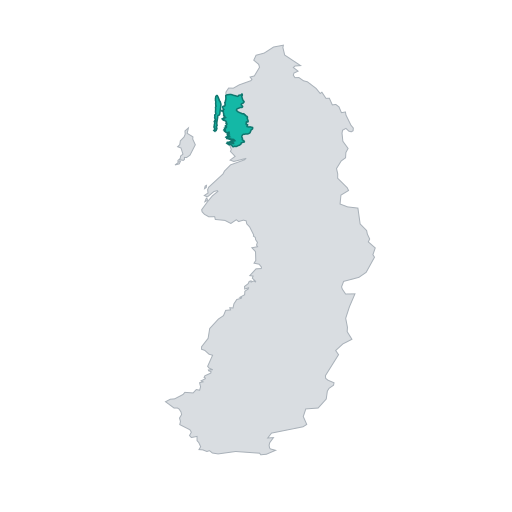 Kalmar highlighted on a map of Sweden, rotated 159°
{"feature_id": "SWE-180", "entity_name": "Kalmar", "entity_type": "County", "adm_level": 1, "iso_a3": "SWE", "parent_name": "Sweden", "parent_adm1": "", "projection": "robinson", "projection_center": [16.294, 57.172], "detail": "fine", "context": "in_parent", "style": "filled", "palette": "teal", "viewbox_px": 512, "rotation_deg": 159, "n_neighbors": 0, "source": "natural_earth", "source_scale": "10m", "svg_char_len": 9514}
<svg xmlns="http://www.w3.org/2000/svg" viewBox="0 0 512 512"><g transform="rotate(159 256 256)"><path d="M124.6,339.3L126.3,342.9L130.1,342.4L131.7,339.8L133.8,332.0L131.5,323.4L135.0,320.4L137.2,315.6L142.4,314.2L149.5,308.8L150.3,303.3L151.9,299.3L146.4,287.1L146.1,284.0L154.9,282.4L158.9,274.4L153.0,269.1L143.7,264.2L147.3,248.6L143.6,240.1L144.2,236.6L143.8,231.1L146.1,228.9L141.8,220.8L146.4,215.3L145.8,212.4L159.0,201.3L167.6,199.2L183.3,200.9L187.2,196.5L187.3,194.1L186.0,188.4L177.2,185.2L187.0,175.1L194.6,165.7L196.2,156.6L198.0,152.7L196.3,143.9L206.4,142.8L215.5,139.2L214.3,134.3L234.1,119.4L234.8,116.8L233.3,114.2L228.6,109.7L229.9,107.6L235.2,106.3L237.8,104.3L241.7,97.3L252.5,91.8L264.3,95.4L269.4,89.2L269.0,80.6L273.3,79.7L305.0,85.1L310.3,81.9L304.8,80.2L310.1,76.8L311.6,74.6L312.1,72.1L311.8,70.8L307.4,67.6L317.3,67.2L322.8,68.7L323.3,70.6L345.1,80.8L362.3,84.8L367.3,87.7L369.2,90.9L371.9,91.1L375.2,94.1L378.6,95.7L376.0,97.8L376.3,102.5L377.2,104.7L375.7,108.7L381.4,109.7L382.4,112.2L379.5,114.7L380.0,117.5L387.6,125.9L385.8,128.6L385.5,132.1L382.3,134.6L381.9,137.2L382.6,140.6L383.8,142.2L387.0,143.4L392.7,152.4L387.3,153.0L383.2,151.8L373.6,152.9L371.3,154.2L363.8,150.7L359.6,152.7L356.7,150.9L354.6,153.8L354.1,157.9L350.6,157.5L352.0,159.1L347.3,159.6L347.0,160.2L348.0,161.2L346.6,162.5L340.2,162.9L339.4,164.2L341.3,165.7L341.3,166.7L337.1,165.3L340.0,168.2L340.7,170.3L332.1,178.9L335.1,181.2L337.6,186.2L340.3,188.5L339.3,190.8L330.2,196.3L325.2,204.9L313.7,210.6L307.7,212.0L303.8,216.1L299.1,214.8L299.0,217.1L296.1,215.7L293.7,219.3L289.5,222.3L284.9,221.8L284.4,222.3L285.8,223.2L280.5,223.9L279.0,227.1L275.1,228.0L274.4,229.0L278.4,229.2L277.6,231.7L273.1,233.0L271.5,234.7L269.5,234.6L269.9,233.4L266.9,233.5L265.9,232.0L265.4,232.4L267.4,236.6L265.9,238.3L268.8,239.9L260.6,244.0L255.6,242.4L254.9,243.7L256.0,247.2L260.4,250.0L257.8,251.9L254.9,260.2L256.9,265.2L251.2,264.1L251.6,266.0L249.8,268.2L250.5,271.4L250.0,273.6L251.3,275.5L250.6,276.4L251.5,285.4L253.1,289.3L252.6,292.4L254.9,294.0L259.9,294.4L261.4,296.9L267.8,295.4L272.3,300.4L280.9,304.7L280.5,307.5L286.0,309.5L289.2,313.4L290.5,316.6L290.1,318.7L281.7,324.1L275.1,327.8L268.4,330.0L268.7,330.9L272.1,331.3L280.2,328.6L282.6,331.0L278.2,332.0L277.4,335.2L275.5,337.2L257.4,344.4L255.0,346.6L247.0,350.2L232.4,349.9L230.2,350.7L242.8,352.2L245.8,354.8L239.8,356.5L242.4,362.8L240.9,364.3L240.8,371.3L238.6,371.4L237.7,374.3L238.8,381.3L239.9,383.2L239.4,385.2L236.0,389.9L237.1,395.6L233.2,405.8L228.7,411.8L225.3,419.8L221.4,422.6L217.0,420.8L210.2,421.8L198.0,421.5L196.5,422.3L197.4,425.2L193.0,424.7L185.1,430.9L184.8,433.9L187.9,439.6L184.0,443.4L175.7,442.5L164.7,444.8L154.9,443.0L156.2,441.0L157.2,433.3L146.2,417.8L151.5,419.4L153.6,418.6L150.5,413.5L155.0,413.2L156.4,411.4L155.7,408.5L152.0,407.2L148.9,402.6L145.6,400.2L139.9,391.0L137.8,384.7L135.8,385.3L134.2,378.1L131.0,377.0L130.6,369.7L127.2,368.9L125.1,365.5L124.9,359.2L120.9,358.4L121.5,355.3L120.5,344.1L119.3,340.6L120.5,338.1L122.6,337.8L124.6,339.3ZM293.5,373.6L291.7,374.3L290.6,376.3L287.7,377.3L287.3,383.7L290.0,386.1L287.3,387.2L285.4,390.6L280.5,392.9L278.5,395.0L277.5,398.2L273.2,399.8L276.3,395.2L272.2,389.8L273.2,387.8L272.8,381.6L281.5,373.8L285.6,372.8L287.5,373.7L288.2,371.8L289.5,371.3L293.5,373.6ZM237.2,417.8L235.0,419.2L234.3,417.2L234.6,409.9L239.4,401.1L241.6,400.3L247.5,388.4L248.2,387.7L250.2,388.4L248.7,389.5L248.8,391.6L245.1,398.0L244.1,402.1L242.7,403.1L237.2,417.8ZM295.2,371.1L294.8,372.9L292.6,371.5L294.7,369.5L299.0,370.0L295.2,371.1ZM284.3,325.0L281.6,327.8L281.0,326.6L281.6,325.3L284.3,325.0ZM278.4,339.5L276.9,339.7L277.9,337.8L279.9,337.3L278.4,339.5Z" fill="#d9dde1" stroke="#a8b0b8" stroke-width="1"/><path d="M240.6,369.2L240.9,369.8L241.0,370.0L241.3,369.9L241.5,369.7L241.8,370.0L241.8,370.5L242.0,370.6L242.5,371.1L242.7,371.4L242.4,371.4L241.5,371.0L241.7,371.4L242.4,371.8L242.4,372.1L242.2,372.4L241.8,372.4L241.4,372.3L241.2,372.0L240.7,371.3L240.5,371.2L240.5,371.8L240.3,372.0L239.8,372.0L238.9,371.9L239.0,371.7L239.0,371.4L238.9,371.2L239.3,371.0L239.7,371.2L236.8,369.0L236.6,369.0L236.4,369.4L236.4,369.6L236.6,369.8L237.2,370.3L238.5,370.8L238.0,371.2L238.2,371.5L238.1,372.0L237.9,372.1L237.5,371.8L237.0,371.6L236.1,371.4L236.4,371.7L236.2,371.9L235.6,371.7L235.6,371.9L240.4,375.7L241.1,376.1L240.9,376.3L240.5,376.2L239.5,375.6L239.2,375.4L237.4,373.5L234.7,371.9L234.9,372.4L235.1,372.8L235.9,373.3L237.2,373.9L238.1,374.8L238.4,375.3L238.6,375.4L239.1,375.6L240.2,376.4L239.9,376.7L240.3,376.7L240.7,376.8L241.0,377.0L241.3,377.4L240.8,377.4L240.8,377.6L241.1,377.6L241.1,377.8L239.6,377.7L238.9,377.5L238.2,377.2L238.4,377.5L239.0,378.0L239.2,378.5L238.8,378.7L238.3,378.6L238.5,378.9L239.1,379.0L239.3,379.2L239.4,379.5L239.1,379.7L238.7,380.1L237.9,380.6L237.7,380.2L237.7,379.6L237.4,379.8L237.2,379.7L237.2,379.9L237.4,380.2L237.1,380.5L237.0,380.8L237.4,381.0L236.8,381.2L236.8,381.3L238.6,381.4L239.4,381.6L240.0,382.8L240.5,383.5L240.7,384.0L240.0,383.9L240.3,384.4L240.2,384.5L239.9,384.5L239.6,384.7L239.5,385.0L239.6,385.3L239.9,385.5L240.3,385.6L240.0,385.8L239.6,385.9L239.3,386.1L239.4,386.6L238.1,386.4L237.6,386.6L237.3,387.2L238.1,387.6L237.9,387.9L237.6,388.0L237.9,388.4L236.2,389.1L235.8,389.7L236.4,390.6L235.8,391.0L235.6,391.7L235.7,392.5L236.1,393.1L236.7,393.9L237.0,394.1L237.5,394.2L237.7,394.4L238.1,395.1L237.7,395.2L237.9,395.5L238.4,396.2L238.1,396.3L237.3,396.1L237.3,395.7L237.1,395.7L236.8,395.9L236.6,396.3L236.4,396.3L235.5,396.1L235.2,396.1L235.5,396.4L235.9,396.6L235.9,396.9L235.5,396.9L235.2,397.1L235.1,397.6L235.2,398.2L235.4,398.5L235.7,398.8L235.8,399.0L235.7,399.3L235.1,400.1L235.2,401.3L235.1,401.6L234.5,403.0L234.5,403.3L234.7,403.6L234.9,403.7L235.7,403.3L235.9,403.4L236.0,403.6L235.9,403.9L235.8,404.1L235.5,404.2L234.9,404.0L234.6,403.9L234.2,404.0L233.8,404.2L233.4,404.3L233.8,405.4L233.9,406.3L233.8,406.8L233.7,407.2L233.4,407.4L233.0,407.5L232.6,407.5L232.1,407.2L231.8,407.2L231.1,407.5L230.9,407.8L230.3,408.7L230.1,410.5L229.4,410.8L229.2,411.1L229.1,411.6L228.0,413.1L227.5,414.1L226.8,416.5L226.3,416.6L226.0,416.8L225.6,416.9L224.9,416.8L222.2,416.1L220.9,415.4L219.2,413.9L217.9,413.1L216.4,411.8L215.9,411.6L215.3,411.6L215.0,411.8L214.8,412.1L214.5,412.2L213.3,412.0L212.8,411.8L212.4,411.8L211.9,411.8L211.1,412.3L210.9,412.1L210.9,411.8L211.2,410.9L211.4,410.7L211.6,410.5L211.9,410.4L212.1,410.2L212.2,409.8L212.2,409.3L212.4,406.8L212.3,405.8L211.8,404.5L211.9,404.2L212.0,404.0L212.6,403.8L213.3,403.3L214.7,403.3L215.0,403.2L215.3,403.0L215.5,402.8L215.6,402.6L215.5,402.2L215.4,401.8L214.9,400.6L214.9,400.3L215.0,400.1L215.3,399.9L215.9,399.7L216.3,399.8L217.7,400.3L217.9,400.3L218.5,400.2L220.5,400.2L221.2,400.0L221.7,399.6L222.0,399.2L222.0,398.7L221.8,398.3L221.4,397.7L221.2,397.2L221.1,396.9L219.8,395.7L219.4,395.2L218.5,394.5L218.3,394.3L218.1,393.8L217.9,393.7L216.6,393.3L216.3,393.1L216.2,392.7L216.2,392.3L216.1,392.0L216.0,391.8L215.4,391.5L215.3,390.6L214.4,389.6L214.3,389.3L214.2,388.9L214.2,388.6L214.3,388.5L214.8,388.1L214.9,387.7L214.8,386.8L214.8,386.5L215.0,386.0L215.0,385.7L214.9,384.9L215.0,384.6L215.2,384.3L215.5,384.1L216.0,384.2L216.5,384.7L216.8,384.7L217.0,384.6L217.2,384.3L217.3,383.8L217.5,383.5L217.9,383.0L218.0,382.7L217.9,382.4L217.9,382.2L217.7,382.1L217.2,381.9L216.8,381.6L216.9,381.3L218.0,380.3L218.0,380.1L217.5,379.9L217.2,379.6L217.1,379.3L216.9,379.2L216.1,378.8L215.5,378.8L215.2,378.7L214.6,378.2L213.6,377.6L213.1,377.2L213.4,376.5L213.5,376.1L213.7,375.9L214.2,375.7L215.1,375.5L215.5,375.3L215.8,375.0L216.0,374.7L216.7,374.0L217.3,373.3L218.1,373.0L219.4,372.9L220.3,373.0L220.7,373.1L221.7,373.6L223.3,373.8L223.9,374.1L224.4,374.1L224.9,374.0L225.5,373.7L226.4,372.8L226.6,372.5L226.7,372.1L226.4,370.8L226.5,370.6L226.9,370.1L227.1,369.6L227.0,369.2L226.2,368.4L226.0,368.2L226.0,367.9L226.2,367.5L226.2,367.3L225.9,366.9L226.0,366.7L226.3,366.6L227.6,366.9L228.3,366.8L229.0,366.9L229.3,366.8L229.5,366.4L229.8,366.0L230.2,365.8L231.6,365.4L232.1,365.4L233.5,365.5L234.3,365.3L235.2,365.3L235.7,365.5L236.5,366.1L236.8,366.1L237.6,366.0L237.9,366.1L238.2,366.2L238.5,366.4L238.6,366.7L238.9,368.0L239.1,368.4L239.4,368.9L239.7,369.1L240.0,369.2L240.6,369.2ZM250.4,388.4L249.8,388.5L249.3,388.8L248.6,389.8L249.1,390.6L249.1,391.0L248.8,391.8L248.7,392.1L248.3,392.3L248.0,393.3L247.1,394.6L246.9,395.0L246.8,395.7L246.4,396.0L245.9,396.2L245.4,396.4L245.5,396.7L245.7,396.9L246.2,397.0L245.8,397.3L245.4,397.6L244.8,398.4L245.0,398.8L245.1,399.4L245.1,399.9L244.7,400.2L244.5,400.5L244.2,402.0L243.9,402.5L242.8,402.9L242.5,403.3L242.4,403.6L242.3,404.8L241.0,407.7L240.8,408.2L240.7,408.9L240.6,409.2L240.2,409.7L239.8,409.9L239.6,410.1L239.5,410.9L239.6,411.0L239.3,411.7L239.2,412.5L238.5,413.9L238.3,414.5L238.1,415.1L238.1,415.9L238.0,416.2L237.7,416.6L237.5,417.4L236.4,419.3L235.9,419.6L235.4,419.9L235.0,419.9L234.6,419.6L234.6,419.3L234.6,418.4L234.3,417.6L234.5,417.0L234.5,416.3L234.4,415.1L234.6,414.6L234.5,414.1L234.3,413.6L234.1,413.0L234.3,410.6L234.4,410.3L234.7,409.4L235.3,408.7L235.5,407.9L239.2,401.2L239.6,400.9L240.1,400.8L240.8,400.8L241.4,400.6L241.7,400.3L242.1,399.2L243.1,397.4L244.2,395.8L245.2,394.1L245.6,391.7L245.8,391.6L246.3,391.4L246.6,391.2L246.7,390.9L246.8,389.3L246.9,388.8L247.4,388.4L248.0,387.7L248.4,387.4L248.8,387.3L249.1,387.3L249.3,387.7L249.4,387.8L249.6,387.7L249.8,387.4L249.9,387.6L250.3,388.1L250.4,388.4Z" fill="#14b8a6" stroke="#0f766e" stroke-width="1.5"/></g></svg>